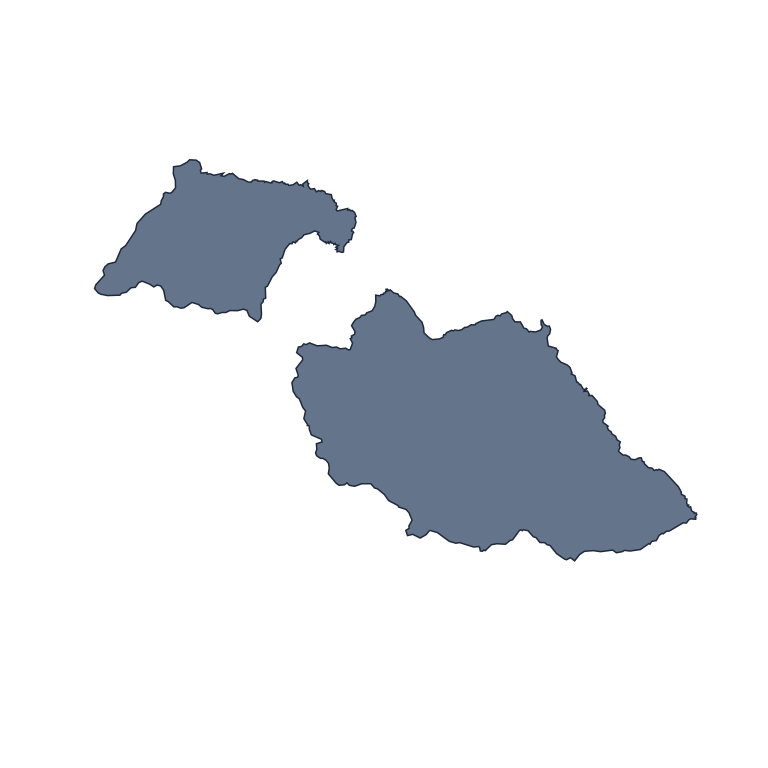 outline of Luwu, Sulawesi Selatan, Indonesia, rotated 321°
{"feature_id": "22746128B94521952332625", "entity_name": "Luwu", "entity_type": "district", "adm_level": 2, "iso_a3": "IDN", "parent_name": "Indonesia", "parent_adm1": "Sulawesi Selatan", "projection": "orthographic", "projection_center": [120.247, -3.167], "detail": "fine", "context": "isolated", "style": "filled", "palette": "slate", "viewbox_px": 768, "rotation_deg": 321, "n_neighbors": 0, "source": "geoboundaries", "source_scale": "gbopen_adm2", "svg_char_len": 6149}
<svg xmlns="http://www.w3.org/2000/svg" viewBox="0 0 768 768"><g transform="rotate(321 384 384)"><path d="M353.8,574.4L355.3,576.0L357.0,575.7L357.7,577.2L366.4,576.5L371.2,579.2L377.6,585.0L383.4,584.9L385.9,586.0L396.9,583.1L398.6,583.4L399.1,585.0L400.6,584.9L403.6,588.7L403.9,596.6L405.5,599.1L405.4,605.3L409.0,608.4L409.6,611.6L411.4,613.8L411.4,624.5L414.1,633.6L415.2,635.4L419.7,636.4L420.8,641.4L428.8,639.6L434.6,640.2L441.9,645.3L446.8,650.6L457.2,657.0L458.4,661.4L464.0,664.4L466.0,664.5L470.2,668.7L479.1,674.0L489.3,674.7L489.9,675.9L493.1,674.8L497.1,677.0L502.5,674.8L506.2,675.1L506.7,676.2L510.9,676.2L513.1,677.8L528.9,680.1L531.6,682.4L535.1,681.4L537.5,681.8L541.1,685.3L542.3,684.0L542.0,683.2L544.9,682.3L545.4,680.6L543.8,679.8L544.3,679.0L543.2,676.4L545.0,672.3L543.7,671.9L543.3,669.8L545.4,669.9L543.3,669.6L544.4,666.9L547.0,664.1L545.8,662.4L547.3,660.7L545.7,656.7L547.1,655.0L548.1,649.1L546.8,628.6L544.1,623.3L542.2,623.1L541.6,621.8L539.6,621.3L539.4,618.1L536.8,615.4L536.2,609.7L537.1,608.2L536.1,606.8L537.5,603.3L535.5,601.8L531.6,600.9L528.6,597.9L528.7,594.8L527.1,591.3L525.1,589.8L524.0,584.8L524.1,583.6L527.3,582.0L528.5,579.4L531.2,577.7L530.0,574.1L531.1,570.3L529.7,566.5L530.4,564.0L529.5,560.5L530.7,557.6L531.6,557.7L530.0,551.6L531.6,549.6L534.1,549.2L536.2,546.4L537.4,546.4L539.0,543.3L537.4,534.7L538.8,531.8L538.5,524.0L535.9,521.8L537.0,521.4L537.7,517.6L535.1,515.8L538.8,515.3L538.6,514.6L534.6,515.7L536.5,514.3L535.6,513.2L536.5,508.1L535.7,507.7L535.7,504.5L534.9,503.8L537.6,497.9L535.9,494.0L537.1,493.7L539.0,488.1L538.3,484.4L535.2,478.4L534.8,474.4L535.2,471.3L540.3,467.7L539.8,465.7L540.4,464.7L535.6,457.8L539.6,451.1L541.3,449.7L544.4,449.2L547.9,446.3L548.9,443.0L547.3,442.0L546.0,438.5L547.2,433.6L546.2,433.3L543.4,436.8L543.1,439.4L539.8,440.7L534.6,439.0L530.6,435.0L529.4,434.8L529.5,430.9L527.9,428.6L529.1,421.6L524.9,418.2L525.0,414.3L526.4,411.2L525.4,405.3L523.9,405.5L519.6,403.6L517.1,404.1L515.7,402.2L513.4,401.8L510.1,403.0L499.5,396.4L493.2,394.8L492.0,395.4L489.0,392.8L484.3,392.2L482.4,390.8L478.7,390.7L475.5,389.3L473.0,386.5L471.4,386.4L470.3,384.8L465.0,383.4L462.8,384.3L461.4,383.2L459.2,384.9L455.6,383.9L449.6,380.0L448.2,376.9L447.3,369.4L450.3,365.1L452.4,360.0L451.8,350.3L452.9,347.2L453.7,333.3L452.1,326.4L451.1,325.6L451.5,322.8L448.8,319.2L448.1,314.7L446.6,314.7L446.3,312.3L445.1,311.7L444.9,313.7L443.5,313.0L442.8,314.0L440.7,313.2L440.0,313.9L437.7,312.6L436.4,313.0L433.5,309.7L429.5,314.8L425.8,317.8L420.8,319.6L415.3,317.8L412.8,318.5L409.7,316.5L407.0,317.1L402.9,316.0L399.5,316.7L395.5,318.2L394.4,325.1L392.3,326.9L388.8,326.2L388.2,327.8L386.3,327.5L385.3,332.4L379.4,336.0L377.7,334.9L376.7,332.0L372.2,329.2L370.3,325.3L366.7,323.1L363.6,317.6L356.1,312.3L352.0,305.2L348.3,304.4L346.9,302.3L343.5,302.9L340.7,301.4L335.8,304.7L337.4,312.0L335.9,314.1L325.4,316.5L322.8,323.3L321.1,324.4L318.6,323.1L313.3,325.0L308.8,332.6L308.0,338.8L308.9,342.2L306.1,351.2L306.1,355.6L299.9,360.5L299.0,367.6L298.3,368.0L299.3,369.0L299.0,370.5L297.7,371.6L295.5,377.8L300.6,387.6L299.4,390.0L293.8,387.9L290.8,392.4L287.4,394.5L286.5,397.3L287.8,401.8L289.7,403.3L291.0,406.9L291.0,410.7L288.5,414.9L284.2,418.8L284.4,431.2L285.3,434.4L290.0,437.5L293.0,437.5L293.3,440.9L296.8,445.0L303.9,447.5L311.0,453.2L311.2,458.8L313.0,461.5L314.8,470.2L314.2,477.5L318.5,487.5L317.9,488.7L322.2,495.4L322.4,499.6L320.1,507.5L314.0,510.0L312.7,512.0L308.8,511.5L306.9,516.6L311.7,518.9L315.2,526.5L322.0,527.6L326.7,526.6L327.9,527.1L332.0,533.1L335.7,547.3L339.6,552.9L343.0,554.9L351.0,567.0L355.1,569.8L355.5,571.1L353.8,574.4ZM434.1,255.2L435.6,255.9L439.2,252.1L444.3,250.8L445.9,251.6L447.2,249.8L449.5,251.2L454.1,247.5L455.7,247.2L455.9,245.6L455.0,244.7L455.8,243.9L457.4,243.3L459.0,244.0L463.9,240.8L466.2,236.2L467.8,236.3L469.1,232.1L468.5,229.0L466.9,228.3L467.1,226.8L465.3,226.0L466.3,224.8L456.6,220.1L456.5,218.4L459.8,216.7L459.0,215.5L460.7,213.6L460.0,210.7L461.0,209.9L460.2,209.4L460.5,207.2L462.2,203.6L458.5,199.4L459.0,197.6L458.3,195.7L456.9,194.1L456.0,194.5L454.9,192.5L452.4,192.1L452.9,188.4L449.6,186.4L449.5,183.4L450.1,181.5L451.6,181.0L451.2,179.3L452.5,177.7L446.8,177.5L445.7,179.4L444.8,176.7L443.1,176.2L443.2,172.3L438.8,172.0L435.0,169.8L435.1,168.3L433.2,166.8L433.3,165.3L432.1,165.0L432.4,162.6L429.5,161.9L426.0,156.7L424.4,156.2L423.5,157.2L422.1,156.0L419.6,152.3L418.1,152.1L418.5,150.8L413.6,146.9L414.1,146.1L412.3,144.1L409.9,143.0L408.2,143.7L405.6,141.7L403.5,136.7L400.4,133.2L398.8,124.9L397.2,124.6L396.2,123.2L390.4,122.0L388.5,119.6L391.9,119.1L383.2,114.8L381.2,111.3L378.7,109.5L379.6,108.3L374.6,105.1L375.8,102.3L377.7,102.0L380.1,95.9L378.9,91.8L374.0,87.4L370.6,87.8L362.8,86.2L357.2,82.7L352.5,88.1L350.1,94.3L345.4,100.4L339.2,101.6L337.3,100.7L334.9,97.6L332.2,97.5L330.5,99.6L326.1,101.5L323.6,103.8L305.4,101.8L294.6,103.6L293.0,103.9L287.5,108.4L270.2,113.9L264.8,113.6L252.1,120.3L245.3,117.1L240.6,117.3L237.0,119.1L235.3,123.5L222.3,125.6L219.1,127.7L219.2,133.4L220.4,136.0L224.9,141.4L234.7,148.8L237.3,148.3L241.4,150.5L248.0,150.0L251.6,152.4L257.0,150.9L260.7,151.8L264.8,159.1L266.2,163.7L269.9,164.2L272.1,167.2L271.8,172.3L267.0,181.6L268.2,184.3L269.2,191.8L271.8,193.8L273.7,197.1L276.6,198.9L286.1,199.8L289.9,205.5L290.6,209.6L294.6,214.8L296.8,216.2L297.7,218.4L297.5,222.9L298.8,224.7L303.3,226.6L306.0,228.9L310.4,229.9L316.4,234.9L321.9,237.4L323.8,240.5L322.0,246.5L325.0,256.1L329.5,255.6L332.6,252.8L338.6,244.6L341.8,244.0L343.8,242.2L346.1,242.8L352.6,234.2L355.0,234.6L364.5,230.4L370.4,229.4L377.7,225.7L380.1,225.5L382.1,221.4L384.2,222.0L391.8,217.1L399.2,215.5L400.7,217.1L402.6,216.1L404.0,218.6L405.4,217.7L405.8,218.4L408.6,217.8L411.8,218.5L415.9,217.7L421.2,220.3L426.4,221.4L428.7,225.1L426.6,225.6L427.1,228.1L425.6,231.2L427.1,236.3L428.1,236.6L427.6,238.3L428.7,238.0L429.6,240.0L430.3,238.7L430.9,240.1L432.2,239.7L431.9,241.2L433.4,243.2L432.9,243.9L434.5,244.1L434.0,245.1L435.9,247.6L432.6,247.4L433.4,249.2L431.2,249.2L432.0,250.2L430.7,251.8L432.5,252.5L434.1,255.2Z" fill="#64748b" stroke="#1e293b" stroke-width="1.5"/></g></svg>